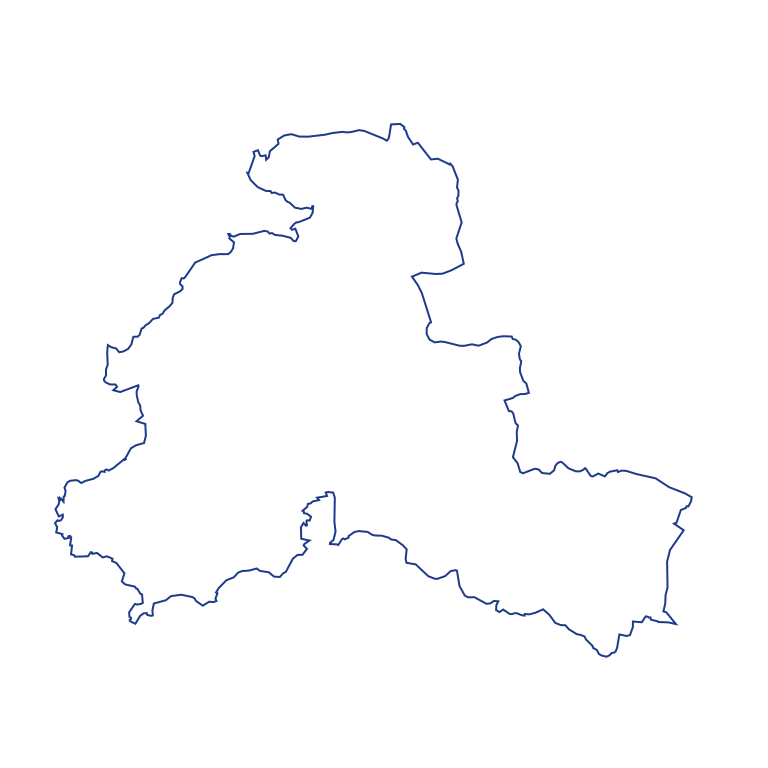 the district of Nuseni, Bistrita-Nasaud, Romania, rotated 275°
{"feature_id": "2599482B99213724213185", "entity_name": "Nuseni", "entity_type": "district", "adm_level": 2, "iso_a3": "ROU", "parent_name": "Romania", "parent_adm1": "Bistrita-Nasaud", "projection": "orthographic", "projection_center": [24.151, 47.079], "detail": "fine", "context": "isolated", "style": "outline", "palette": "blue", "viewbox_px": 768, "rotation_deg": 275, "n_neighbors": 0, "source": "geoboundaries", "source_scale": "gbopen_adm2", "svg_char_len": 6126}
<svg xmlns="http://www.w3.org/2000/svg" viewBox="0 0 768 768"><g transform="rotate(275 384 384)"><path d="M442.4,507.1L442.0,498.8L440.8,493.2L438.1,487.0L434.4,483.2L430.4,475.0L431.2,468.1L429.0,460.5L428.7,456.1L431.2,440.4L431.2,436.9L429.9,430.8L432.3,425.4L437.6,422.1L443.4,421.7L448.4,423.8L449.6,425.5L477.8,413.8L485.2,409.3L493.4,402.5L498.2,411.7L498.1,425.5L498.9,432.4L502.9,440.8L510.7,453.0L522.4,449.4L530.3,445.1L535.3,443.4L551.8,447.3L568.0,440.8L570.2,440.5L572.7,441.6L575.3,440.6L578.0,441.7L583.1,441.4L586.1,439.6L594.0,439.8L607.0,433.3L609.3,430.7L608.4,430.3L613.1,418.1L611.8,411.2L627.3,396.7L625.1,392.1L632.4,386.3L638.2,383.7L640.1,381.6L641.7,381.9L644.5,377.5L643.2,368.4L631.5,367.6L628.8,367.1L626.6,365.6L628.4,361.8L634.4,342.3L634.7,336.9L632.2,329.6L631.4,325.2L631.6,320.9L629.5,310.7L627.2,303.5L623.8,287.1L623.1,278.0L624.8,270.0L622.9,263.0L618.3,256.8L614.1,258.0L605.9,250.0L600.0,249.5L597.1,247.1L601.5,246.1L600.3,242.1L600.7,240.7L605.9,238.0L603.9,233.8L599.7,235.3L582.5,230.8L582.6,229.4L575.8,233.2L572.0,237.5L569.1,241.1L566.1,249.4L566.3,254.1L564.5,255.5L565.2,258.6L563.6,263.3L563.8,267.0L558.7,269.8L557.1,271.9L556.4,274.2L551.9,280.0L551.2,286.2L552.9,291.6L552.2,296.4L555.0,297.2L554.9,298.0L548.4,298.0L543.3,295.7L537.7,284.7L537.5,282.9L535.9,280.8L531.1,277.3L529.6,279.0L531.0,282.1L523.5,285.8L518.6,283.7L518.5,281.5L521.5,278.3L522.9,269.6L523.0,262.4L524.6,259.3L523.9,256.9L525.8,254.8L526.1,251.3L522.2,240.3L520.9,227.5L517.7,221.5L518.3,218.8L520.0,217.3L519.8,215.8L517.4,217.5L515.6,217.2L512.1,222.2L505.9,221.8L502.0,219.8L499.8,217.4L499.0,208.6L497.3,201.0L488.5,185.3L473.1,176.6L471.7,175.3L471.8,173.2L467.6,171.9L465.6,172.3L463.8,174.7L461.3,175.1L458.7,173.0L455.1,167.1L451.4,166.0L446.5,166.2L442.6,163.5L438.3,159.1L434.6,157.2L433.3,154.9L430.5,153.9L428.7,148.2L424.1,144.6L421.8,141.5L418.8,139.3L418.2,137.7L411.5,136.2L409.6,134.3L409.2,130.2L401.5,128.9L396.6,126.0L393.5,121.1L392.6,117.4L396.1,114.0L396.9,109.0L398.7,105.5L391.2,105.5L379.0,107.1L374.5,105.8L368.3,106.3L364.4,104.5L363.0,104.9L361.4,106.5L359.7,111.0L360.1,116.6L357.9,118.3L354.2,114.9L353.0,121.9L361.3,139.3L360.3,139.7L354.8,138.2L351.1,138.7L344.4,140.8L341.3,143.0L336.7,143.7L331.4,146.7L325.3,140.7L323.4,149.7L311.8,151.3L304.3,150.1L301.3,142.2L297.9,137.5L287.6,132.9L286.5,133.4L285.9,132.4L286.8,132.0L276.8,121.9L273.8,117.3L274.7,115.0L273.6,113.3L272.1,113.4L272.4,110.4L271.8,109.2L267.6,107.5L264.4,103.1L261.4,94.9L259.0,91.0L261.0,87.7L261.4,85.6L260.2,79.7L258.4,77.2L252.9,74.7L249.9,76.1L244.6,75.8L244.0,74.7L238.9,75.0L241.4,72.5L240.6,71.8L242.4,70.8L241.6,70.4L241.9,69.7L238.7,70.8L235.5,70.3L230.6,67.6L223.7,71.6L225.8,75.4L223.2,75.7L220.1,74.0L219.2,72.0L219.8,70.6L216.7,68.4L212.9,70.9L207.6,70.4L206.4,76.8L205.0,76.5L201.9,79.2L203.2,83.4L204.7,82.8L205.3,84.5L203.9,85.8L195.9,85.3L195.9,87.3L187.0,87.1L186.4,90.3L185.0,91.1L186.6,104.1L191.0,106.7L190.7,107.8L189.4,108.3L190.7,112.8L186.7,119.0L188.2,122.9L186.3,128.8L183.9,128.5L182.4,133.0L172.8,141.9L164.5,140.0L161.8,143.6L160.4,153.6L158.6,155.0L158.5,156.1L153.8,159.6L153.3,161.3L144.9,162.8L143.5,160.5L142.8,157.0L143.2,155.0L134.3,150.0L129.9,150.7L129.0,152.4L127.8,152.4L126.6,151.2L125.4,152.0L123.5,157.2L131.6,161.2L134.5,164.4L135.1,167.6L133.4,168.2L132.7,171.8L133.3,173.9L138.4,173.0L145.3,173.9L149.5,185.4L154.1,190.3L156.4,200.4L155.1,211.5L154.1,213.7L151.4,215.7L147.4,222.8L151.9,228.9L151.8,232.9L153.2,236.0L155.5,234.8L161.0,236.3L161.7,234.8L166.5,237.3L174.7,244.0L178.3,251.2L183.3,255.0L185.4,259.2L186.2,265.2L189.1,273.3L187.0,276.7L186.4,285.7L182.5,291.3L182.7,297.1L186.6,300.0L188.3,302.6L202.1,308.5L206.2,312.8L206.8,317.7L213.0,321.6L216.2,318.0L217.6,318.6L221.6,323.3L222.6,315.1L233.9,313.7L238.5,315.9L236.0,318.6L236.6,319.6L240.5,318.6L241.5,319.2L241.5,321.8L245.4,322.9L248.0,318.7L248.4,315.5L250.1,315.1L250.6,313.9L254.9,318.2L257.9,318.6L258.7,321.3L260.8,323.2L262.7,329.4L264.9,327.2L267.5,337.0L270.8,335.4L271.5,337.5L271.4,342.8L266.5,344.9L242.3,346.6L232.8,348.6L224.3,347.3L221.1,344.1L219.9,344.1L220.1,351.4L219.6,352.4L225.8,355.7L226.6,357.0L225.8,358.5L227.9,362.1L229.4,362.0L233.9,367.3L235.3,371.6L235.2,380.7L233.0,384.7L232.3,387.8L232.7,395.2L231.3,402.3L229.8,404.4L229.5,409.5L224.8,417.1L221.2,421.0L211.7,420.8L207.8,422.0L207.1,431.3L196.5,444.7L194.5,451.2L194.5,454.0L197.9,461.6L203.4,466.7L204.7,471.1L204.5,472.9L189.4,476.8L180.3,482.9L178.8,486.4L179.5,492.6L174.0,505.2L174.7,509.1L177.5,512.4L177.5,516.8L173.4,515.2L168.5,515.4L166.9,518.9L169.7,522.4L166.0,528.9L165.8,531.1L167.1,534.3L167.2,536.4L165.7,541.3L165.5,544.2L167.1,544.2L167.2,549.0L169.4,555.0L173.4,562.1L168.5,568.8L160.9,575.5L159.2,581.2L159.5,585.6L155.7,589.7L151.6,597.8L151.2,601.8L150.0,605.7L147.0,607.6L141.2,614.6L139.4,615.2L137.5,619.3L133.8,621.6L132.6,624.0L131.7,629.4L133.4,632.3L135.8,634.3L136.7,637.1L137.9,638.1L141.4,639.2L155.0,640.3L154.1,647.8L155.4,651.0L163.6,653.1L169.1,652.7L169.1,661.6L175.3,664.9L175.2,667.0L174.4,668.2L174.7,669.7L172.4,670.6L171.5,677.2L170.8,677.9L171.3,688.1L170.3,695.7L180.3,686.0L181.3,684.8L181.8,682.2L189.9,683.3L198.3,682.9L205.9,684.2L231.8,681.5L243.6,683.4L264.4,695.3L270.2,685.1L271.4,687.5L284.3,690.7L286.8,695.5L288.6,696.1L288.6,697.9L293.9,700.1L298.0,700.4L301.3,693.3L306.0,677.2L313.7,662.8L316.3,643.3L318.6,632.7L318.4,628.2L316.7,624.7L318.4,624.0L316.4,616.8L314.7,614.3L311.2,612.1L313.5,605.3L310.1,600.1L310.1,599.0L310.7,597.7L317.5,592.2L317.6,591.4L316.1,590.3L314.1,586.9L313.7,582.8L316.1,575.1L321.4,568.4L321.9,566.5L320.2,563.7L317.5,561.8L312.9,561.0L309.0,557.1L309.1,549.2L312.2,545.7L312.7,542.9L312.6,541.3L307.2,530.3L308.2,527.4L316.7,524.0L322.3,518.8L339.0,521.5L347.7,520.4L354.4,521.1L356.4,518.5L365.9,515.3L367.9,513.4L367.9,510.8L378.1,505.5L381.3,513.6L383.3,515.6L385.8,520.5L386.3,525.2L387.8,529.1L397.0,525.7L399.2,522.6L407.4,518.6L411.6,518.0L418.6,518.8L420.4,517.2L425.8,515.8L433.5,517.0L437.2,514.6L439.5,511.7L440.1,508.3L442.4,507.1Z" fill="none" stroke="#1e3a8a" stroke-width="2"/></g></svg>